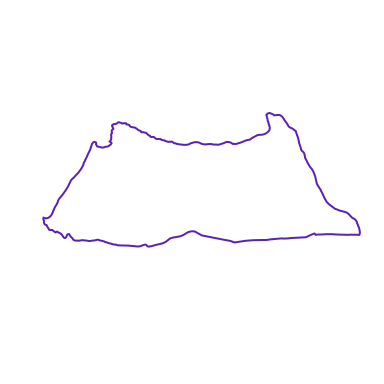 Forto, Gash Barka, Eritrea (Equal Earth projection), rotated 254°
{"feature_id": "51966322B10188364788737", "entity_name": "Forto", "entity_type": "district", "adm_level": 2, "iso_a3": "ERI", "parent_name": "Eritrea", "parent_adm1": "Gash Barka", "projection": "equal_earth", "projection_center": [37.054, 15.822], "detail": "fine", "context": "isolated", "style": "outline", "palette": "violet", "viewbox_px": 384, "rotation_deg": 254, "n_neighbors": 0, "source": "geoboundaries", "source_scale": "gbopen_adm2", "svg_char_len": 6055}
<svg xmlns="http://www.w3.org/2000/svg" viewBox="0 0 384 384"><g transform="rotate(254 192 192)"><path d="M278.1,133.5L277.5,133.4L276.6,133.6L276.0,133.5L274.8,133.8L274.3,133.8L274.2,133.6L273.7,132.3L273.5,132.0L272.0,131.4L271.0,131.4L270.7,131.3L270.4,131.1L270.3,130.7L270.2,130.5L269.5,130.2L268.7,129.8L267.9,129.8L265.0,128.8L263.9,127.9L263.6,127.4L263.1,126.8L262.2,127.7L261.3,128.2L261.2,128.2L260.1,127.1L259.4,125.1L259.1,124.2L259.0,122.9L259.3,121.2L259.3,120.1L259.2,119.4L259.2,118.8L259.6,117.6L260.5,116.0L261.9,113.5L262.6,113.2L264.4,112.9L265.2,113.4L265.9,113.4L266.6,112.7L267.0,112.1L267.0,111.5L266.7,110.4L266.4,110.0L266.0,109.4L265.4,108.9L264.2,108.1L263.6,107.6L262.8,107.2L262.1,106.5L260.9,106.0L258.3,103.5L253.9,99.8L252.1,98.1L251.5,97.8L250.4,96.5L248.9,95.4L247.7,94.8L247.1,94.1L245.9,93.0L244.0,90.9L243.5,90.1L241.9,88.1L239.1,83.4L238.4,82.2L237.4,80.2L236.8,79.3L236.2,78.5L235.4,77.9L233.7,76.2L231.9,74.8L228.4,71.0L224.8,66.5L223.1,63.8L222.7,63.3L221.9,62.2L220.6,60.9L218.8,59.8L217.7,58.6L217.3,58.4L216.7,57.8L215.9,56.7L215.4,56.3L214.7,55.6L212.8,54.1L212.4,53.6L210.2,52.0L208.5,50.4L208.0,49.7L207.1,47.9L206.8,46.6L206.8,46.1L206.8,45.3L207.2,43.7L208.2,42.3L207.6,42.0L207.3,41.7L207.0,41.6L206.4,41.7L205.8,41.6L204.7,41.7L203.3,41.3L202.1,41.3L201.5,41.6L200.8,42.1L200.4,43.0L199.2,43.3L198.7,43.3L197.9,43.5L197.1,43.9L195.8,44.0L195.1,44.3L194.8,44.6L194.0,47.1L193.8,47.4L192.8,48.0L190.8,49.6L190.7,49.8L191.1,50.8L191.1,51.1L190.9,51.6L189.7,52.6L189.4,53.1L189.0,53.5L188.3,54.3L186.9,55.1L183.8,56.1L183.2,56.5L182.9,56.9L182.8,57.6L183.1,58.3L183.6,58.8L185.4,60.4L185.6,60.9L185.5,62.2L183.9,62.8L182.9,62.9L181.1,64.0L179.0,64.7L178.4,65.2L177.5,66.2L177.1,67.8L176.4,69.7L176.1,71.6L176.1,72.2L175.7,74.1L175.1,75.3L174.6,76.7L173.1,79.8L172.9,81.0L172.8,82.4L172.3,85.1L172.2,88.1L172.0,88.6L170.8,90.2L169.5,92.6L168.6,94.1L167.8,94.7L167.4,95.7L166.1,97.5L165.6,98.2L165.0,99.1L164.8,99.8L163.5,101.5L163.0,102.6L162.5,104.0L162.2,104.6L161.5,105.4L160.2,109.0L157.9,116.4L156.4,120.1L155.8,121.8L154.9,123.9L154.5,125.2L154.1,127.3L154.2,128.9L154.4,129.9L154.4,131.7L154.2,132.9L153.8,133.3L153.0,133.8L152.6,133.9L151.9,134.5L151.4,135.3L151.1,138.1L151.1,142.4L150.8,147.9L150.8,149.7L151.0,151.2L151.4,153.1L153.2,157.7L153.4,158.9L153.4,161.8L153.1,164.1L153.0,165.5L152.7,168.1L152.8,170.2L153.0,171.5L154.4,177.0L154.5,178.8L154.4,180.1L154.1,181.7L153.2,183.9L147.6,189.4L136.9,210.3L135.4,213.4L134.6,215.0L133.7,216.3L133.4,216.9L132.8,217.3L132.3,218.3L131.8,218.9L130.3,230.3L129.8,232.8L128.6,238.4L125.2,251.0L124.9,254.0L122.8,264.9L122.5,266.0L122.1,266.7L121.4,269.6L120.8,272.2L120.4,274.8L117.1,289.0L118.1,295.2L118.3,297.0L118.3,298.3L117.8,298.7L117.0,298.9L116.7,299.2L116.5,300.9L115.1,306.4L114.9,307.2L114.8,308.2L114.6,308.7L112.9,314.8L112.0,317.2L111.5,318.9L110.7,320.9L110.4,322.0L108.0,329.6L106.9,334.0L106.3,335.5L106.1,336.7L105.7,337.9L105.2,339.7L104.8,340.4L104.7,341.0L104.9,341.1L105.4,341.6L106.5,342.1L107.0,342.3L108.1,342.4L108.6,342.4L109.1,342.6L109.6,342.6L110.5,342.6L111.0,342.7L112.1,342.7L113.5,342.3L114.2,342.5L116.0,342.1L116.7,342.1L117.4,342.3L119.3,341.8L120.1,341.5L120.7,341.1L122.0,340.1L122.5,339.3L123.0,338.9L127.8,336.4L128.9,335.7L129.8,334.8L130.2,334.2L131.1,332.9L133.4,328.9L134.5,327.4L135.4,326.4L136.1,325.3L136.4,324.9L142.5,320.3L145.2,318.8L150.1,317.6L152.5,317.3L156.2,316.7L157.2,316.4L159.0,316.2L160.5,315.6L165.3,314.3L173.1,314.7L177.2,314.4L178.9,314.1L181.5,313.4L182.5,312.8L183.9,312.3L188.4,311.1L190.2,310.9L193.4,310.2L194.3,310.2L196.5,310.5L198.2,310.5L199.1,310.3L200.2,309.7L201.2,309.0L201.8,308.7L203.6,308.6L205.3,308.7L209.4,308.5L214.5,308.9L220.5,308.5L222.0,308.5L224.2,306.8L224.9,306.3L225.7,305.6L226.7,304.3L227.6,303.5L228.2,303.1L229.3,302.7L230.6,302.5L232.7,301.8L235.5,300.7L237.0,300.4L237.6,300.1L238.8,299.8L240.1,299.1L241.7,297.7L242.1,296.9L242.4,295.7L242.8,293.5L242.9,292.3L244.0,291.6L245.3,290.1L246.4,288.6L246.6,287.8L246.6,286.6L246.4,286.0L245.8,284.9L245.3,284.7L244.4,284.8L242.8,284.6L242.4,284.7L241.1,284.6L239.4,284.4L238.9,284.6L237.4,284.6L236.3,284.4L235.9,284.6L235.3,284.5L234.7,284.7L233.8,284.4L232.9,284.6L232.3,284.5L230.3,283.6L229.8,283.0L228.6,281.1L227.9,279.0L227.7,277.2L227.7,275.4L227.9,274.5L228.5,271.8L228.6,271.0L228.5,269.8L227.8,266.9L227.7,265.8L227.4,265.1L227.3,264.4L226.6,262.9L226.5,262.5L226.5,261.0L226.7,259.3L226.6,256.9L226.4,255.7L226.4,254.5L226.2,253.6L226.1,252.6L226.1,249.7L226.0,248.8L226.1,247.1L226.8,245.3L226.8,244.7L227.1,244.6L227.3,244.2L227.9,243.7L228.6,243.2L228.7,242.9L229.2,242.2L229.8,241.2L230.2,240.3L230.3,239.8L230.4,239.6L230.6,239.2L230.5,237.8L230.2,236.0L230.2,235.0L230.1,232.1L230.2,230.3L230.3,229.9L231.0,228.2L231.4,226.5L232.4,224.3L232.8,223.8L233.5,221.1L234.0,218.3L234.6,216.4L235.9,214.2L237.4,212.7L238.2,211.2L238.6,210.4L239.1,208.3L239.2,206.6L239.2,204.3L238.8,202.9L238.7,202.1L238.8,200.2L239.2,198.3L239.6,197.0L240.1,196.0L241.2,193.2L241.8,192.1L242.4,190.7L242.7,190.3L243.1,189.9L243.9,188.2L245.8,186.8L246.1,186.1L246.1,185.4L246.2,184.9L246.4,184.7L246.5,184.5L246.7,183.1L247.4,181.9L248.4,180.5L248.7,180.0L249.4,179.5L249.9,178.1L250.4,177.3L250.7,177.1L251.1,176.5L251.5,176.4L251.7,176.2L251.7,175.5L252.1,174.6L252.7,172.5L253.3,171.9L255.3,170.5L255.6,170.1L256.0,168.4L256.3,167.6L256.7,167.3L257.4,167.2L257.7,167.1L258.2,166.2L260.1,164.9L260.9,164.6L261.5,164.1L261.7,163.9L262.2,162.8L262.9,161.9L263.2,160.4L263.5,159.8L263.8,159.6L264.7,159.5L265.0,159.3L265.3,158.9L266.3,157.4L268.2,156.3L268.7,155.6L269.4,155.2L271.4,151.3L272.6,150.3L273.4,150.3L273.9,150.0L274.5,148.9L274.7,148.3L275.2,147.6L275.4,147.5L275.8,147.7L276.1,147.6L276.3,147.3L276.9,145.7L276.9,145.4L276.8,144.8L276.8,144.5L277.4,143.4L277.8,143.1L278.5,141.9L278.9,141.6L279.3,140.4L279.2,139.9L278.6,138.6L278.5,137.9L278.5,137.0L278.7,136.4L278.8,135.8L278.7,135.3L278.7,135.0L278.4,134.6L278.4,134.1L278.1,133.5Z" fill="none" stroke="#5b21b6" stroke-width="2"/></g></svg>